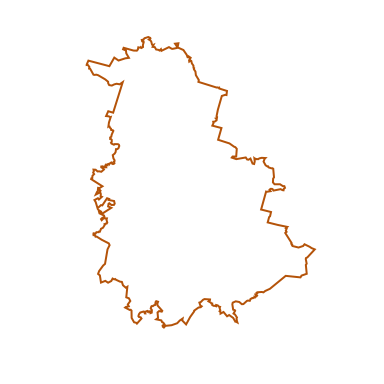 Vestienas pag., Madona, Latvia (Mercator projection), rotated 284°
{"feature_id": "27541924B49336573653251", "entity_name": "Vestienas pag.", "entity_type": "district", "adm_level": 2, "iso_a3": "LVA", "parent_name": "Latvia", "parent_adm1": "Madona", "projection": "mercator", "projection_center": [25.839, 56.863], "detail": "fine", "context": "isolated", "style": "outline", "palette": "amber", "viewbox_px": 384, "rotation_deg": 284, "n_neighbors": 0, "source": "geoboundaries", "source_scale": "gbopen_adm2", "svg_char_len": 5963}
<svg xmlns="http://www.w3.org/2000/svg" viewBox="0 0 384 384"><g transform="rotate(284 192 192)"><path d="M166.0,325.0L166.5,321.6L167.3,319.4L168.5,313.8L166.5,312.9L163.9,308.8L163.9,302.6L164.7,301.8L165.3,301.9L165.8,300.8L166.7,300.9L174.8,292.4L176.2,293.4L177.1,292.4L179.4,292.7L179.6,291.9L181.2,292.9L180.8,283.2L180.8,272.8L186.3,272.9L187.3,273.6L191.7,273.5L191.7,263.3L210.3,263.8L210.2,264.3L211.8,268.0L212.9,266.7L214.0,267.4L214.4,268.8L214.2,269.6L213.1,270.7L216.2,277.3L215.7,279.3L215.8,280.4L217.3,280.3L218.5,281.2L220.0,280.2L219.7,278.7L220.8,275.6L219.5,270.2L220.9,268.2L224.6,267.5L226.1,268.0L234.2,265.2L234.5,264.4L234.2,263.4L234.4,260.5L235.3,259.5L235.0,259.1L235.7,257.0L238.8,254.1L241.7,254.4L242.7,255.0L242.0,251.3L240.9,249.2L239.8,248.2L239.7,246.9L239.3,246.3L239.6,245.7L239.3,245.4L239.8,244.4L236.7,245.5L234.2,245.5L234.2,243.9L238.6,240.6L237.0,239.0L236.9,237.6L238.5,235.8L234.6,227.0L235.0,222.3L236.2,222.8L237.1,226.3L244.7,225.0L246.0,223.2L246.1,222.0L248.2,216.6L249.0,204.7L261.2,205.1L261.3,195.7L264.0,196.2L265.3,195.6L265.8,197.0L267.5,198.5L268.4,198.4L269.2,197.3L269.8,198.3L270.9,198.2L271.4,197.5L278.0,197.2L292.4,197.7L294.3,200.7L294.4,202.0L298.5,201.5L299.0,193.5L299.9,193.1L299.5,192.3L299.6,191.1L299.3,190.6L300.4,171.6L302.3,171.5L306.3,167.5L309.7,166.2L311.5,164.2L312.7,164.1L312.9,163.4L315.0,162.8L316.7,160.8L319.0,159.6L319.2,158.9L317.9,157.8L319.1,157.3L321.9,158.2L322.7,156.1L321.8,156.1L321.7,155.1L323.8,153.7L327.7,149.3L328.8,143.0L333.0,142.8L331.8,139.7L329.5,142.2L328.1,142.5L326.2,138.6L326.1,137.6L327.0,134.6L321.6,128.2L323.1,127.3L321.4,126.2L321.8,125.0L321.6,122.7L323.6,120.8L323.3,118.7L325.5,119.1L325.0,118.5L325.3,117.6L328.2,116.0L329.1,114.8L329.5,113.3L330.9,114.5L331.4,114.2L331.8,112.0L329.7,108.7L328.2,108.0L327.4,106.5L326.1,107.2L325.7,108.4L326.1,108.7L325.8,108.9L322.7,108.8L320.8,109.4L319.6,108.2L320.2,107.3L319.5,107.0L319.4,104.9L317.2,105.0L315.8,104.3L315.1,101.0L315.4,90.8L313.8,90.6L313.3,93.7L310.6,94.7L306.9,98.3L305.6,95.0L301.8,88.9L303.6,84.1L294.1,81.4L294.4,59.7L290.3,59.0L289.8,59.1L290.2,60.0L288.6,62.1L286.9,62.3L287.0,63.3L282.0,68.0L282.0,68.9L282.7,70.9L282.6,72.7L280.3,80.5L278.7,83.9L277.2,84.4L275.7,85.8L275.9,88.5L277.6,90.5L278.8,92.7L279.0,95.8L281.8,98.2L249.9,96.3L250.1,91.2L244.9,90.3L245.3,92.9L244.8,94.5L245.1,95.0L239.4,94.6L235.8,95.0L236.1,95.2L235.5,95.5L235.5,96.2L234.8,96.4L233.8,98.1L232.6,98.6L232.8,100.2L232.3,100.9L228.2,100.2L226.1,100.3L225.1,99.4L223.7,99.8L223.9,100.4L223.2,101.5L221.2,102.0L220.2,101.5L219.5,102.2L219.0,104.8L219.7,105.2L220.5,108.6L220.2,109.6L219.1,110.3L216.6,110.0L215.5,109.1L215.2,107.9L212.3,108.2L210.6,107.7L208.6,106.2L205.5,107.7L204.3,109.0L203.4,109.4L202.5,108.8L201.2,109.8L200.6,109.5L200.0,108.6L200.1,107.7L201.0,107.3L201.2,106.6L199.9,105.4L198.7,105.0L199.1,104.3L198.6,103.5L197.5,103.5L197.8,101.9L196.9,101.5L195.2,102.7L194.8,101.3L195.2,100.5L195.0,99.6L195.3,99.1L194.8,97.8L194.0,98.0L193.4,99.9L192.5,101.1L189.7,99.1L189.6,96.9L189.1,95.4L190.3,93.1L189.9,91.0L188.4,91.7L186.9,91.4L185.7,92.7L183.7,91.5L181.0,91.9L180.9,91.1L180.1,91.0L175.9,103.7L173.4,101.3L173.3,99.9L171.0,100.2L172.0,101.7L171.1,102.9L169.1,101.6L168.9,99.8L166.3,99.3L169.5,103.0L168.0,104.0L165.7,104.4L165.5,105.7L162.2,103.5L163.2,102.2L160.6,99.3L158.9,101.0L153.4,104.3L157.3,106.9L157.3,108.2L165.4,111.1L165.2,113.3L164.1,113.1L164.4,118.6L162.0,119.8L160.6,119.4L159.9,117.0L161.1,114.5L160.5,113.9L157.7,114.1L157.1,117.5L150.0,110.8L149.2,109.2L150.9,108.7L151.9,105.7L148.9,107.4L147.9,112.3L146.8,113.0L146.3,113.1L145.3,111.3L143.7,110.3L142.8,111.2L145.8,113.0L145.3,114.0L145.8,115.8L144.3,115.8L141.8,117.2L140.7,116.8L140.7,116.2L139.8,115.1L139.6,115.5L135.8,114.3L134.3,112.6L131.2,112.2L131.0,111.2L130.4,111.1L129.9,109.0L128.4,108.5L128.1,106.5L127.3,106.5L126.3,106.9L126.6,108.2L125.3,109.2L125.7,110.2L123.8,116.0L122.0,123.7L120.5,124.9L115.9,123.9L101.2,125.0L99.2,123.6L92.8,121.0L89.8,120.7L88.8,122.8L82.1,125.6L84.8,129.4L83.7,132.5L86.1,135.2L88.8,135.9L88.4,137.6L89.0,138.5L88.5,139.3L87.6,143.9L87.8,145.7L84.8,147.6L83.1,151.0L84.4,152.2L73.9,153.7L73.6,156.5L71.3,158.5L67.4,156.9L65.8,158.3L64.5,155.7L63.7,155.1L62.5,160.1L62.9,161.0L62.3,162.0L55.2,163.9L51.6,167.3L51.6,169.6L51.0,170.4L57.0,173.6L58.0,172.5L57.9,170.8L58.6,170.0L60.6,170.1L62.5,170.9L64.3,173.9L64.3,174.5L62.8,175.6L62.9,176.1L64.3,175.4L65.7,177.3L65.2,177.8L65.7,178.2L65.6,178.8L65.1,179.3L66.1,180.0L66.1,180.7L64.5,181.1L65.2,182.1L67.8,181.6L69.0,180.1L70.9,180.2L71.5,180.4L71.8,181.7L72.6,182.1L73.5,183.6L76.4,183.3L77.4,183.7L77.3,185.6L75.0,185.4L73.5,186.1L69.5,191.9L68.6,191.6L68.5,188.9L66.8,187.7L61.6,189.5L59.8,188.1L60.0,193.3L58.5,194.5L58.3,195.7L57.0,197.3L55.3,195.8L54.2,196.3L53.7,197.5L55.7,198.6L57.8,204.4L61.1,209.4L64.3,211.2L66.9,213.5L65.0,213.6L62.1,218.3L70.4,220.5L76.7,223.0L77.4,222.8L81.5,226.3L82.3,228.3L83.4,229.0L83.8,227.6L86.5,225.9L87.3,227.1L90.1,228.8L91.1,230.0L92.1,235.5L91.5,235.6L89.9,234.5L89.2,237.0L88.5,237.8L88.7,238.6L87.1,239.1L86.8,240.9L87.1,241.6L87.0,243.0L88.2,242.8L88.2,244.4L87.4,245.6L87.3,247.0L86.2,246.8L84.0,248.1L83.0,247.6L82.4,248.7L80.9,249.1L83.2,251.6L79.9,256.1L81.6,257.8L79.8,262.4L76.7,265.4L76.9,265.7L76.4,267.6L76.9,267.3L77.1,266.1L78.3,266.6L80.0,265.8L81.1,266.0L83.6,263.3L84.1,261.7L87.2,262.6L87.7,262.1L87.8,260.4L92.8,258.3L94.5,258.3L96.5,260.9L96.7,264.5L95.2,267.5L95.7,269.0L99.6,271.6L100.2,272.5L100.4,274.4L102.5,274.7L103.1,275.7L103.8,276.1L103.8,276.9L104.6,277.6L104.7,278.1L105.2,278.0L105.0,278.6L106.2,279.0L106.3,279.8L107.1,280.1L107.3,278.7L107.6,278.5L107.6,279.3L108.1,279.0L109.2,279.7L109.6,279.0L110.5,279.6L111.9,284.0L111.9,285.6L113.7,287.0L116.9,291.0L133.3,303.2L135.4,317.9L137.4,318.5L140.4,323.1L148.8,320.1L150.2,320.6L154.5,318.6L155.5,318.6L156.4,319.7L166.0,325.0Z" fill="none" stroke="#b45309" stroke-width="2"/></g></svg>